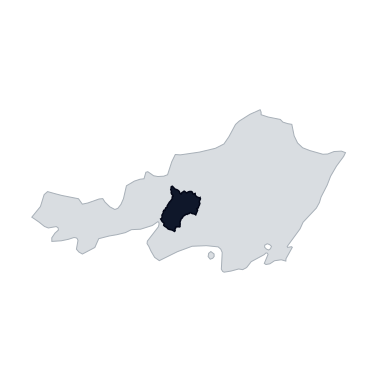 Martuni, Gegharkunik, Armenia (highlighted), rotated 127°
{"feature_id": "60910142B24861736009361", "entity_name": "Martuni", "entity_type": "district", "adm_level": 2, "iso_a3": "ARM", "parent_name": "Armenia", "parent_adm1": "Gegharkunik", "projection": "robinson", "projection_center": [45.353, 40.06], "detail": "fine", "context": "in_parent", "style": "filled", "palette": "ink", "viewbox_px": 384, "rotation_deg": 127, "n_neighbors": 0, "source": "geoboundaries", "source_scale": "gbopen_adm2", "svg_char_len": 5091}
<svg xmlns="http://www.w3.org/2000/svg" viewBox="0 0 384 384"><g transform="rotate(127 192 192)"><path d="M172.1,227.9L169.4,223.7L155.7,210.1L143.0,199.6L134.4,195.4L125.6,195.8L111.9,197.9L107.0,197.0L95.1,192.5L85.3,187.1L86.6,184.9L88.7,183.3L86.3,176.3L80.9,165.1L81.5,161.5L79.8,156.7L77.9,153.0L85.7,144.2L89.3,137.2L90.1,130.3L88.1,123.1L83.1,110.2L80.0,106.5L74.2,102.9L69.4,97.2L68.2,93.1L72.3,92.3L84.3,92.2L96.0,90.8L105.1,88.2L118.3,85.9L123.7,83.9L130.0,83.0L149.3,85.1L156.5,83.5L178.2,83.2L178.7,82.3L175.8,79.6L175.8,78.6L188.7,76.8L190.7,75.5L192.4,79.9L197.2,84.7L202.5,86.6L205.4,89.3L205.5,91.3L196.1,93.7L195.5,95.0L196.1,96.2L198.9,96.8L212.0,102.8L219.5,102.9L223.5,104.8L225.4,108.4L231.7,113.3L236.7,118.1L237.0,119.7L236.0,122.1L222.1,131.5L220.3,134.7L220.1,138.1L226.2,148.2L235.3,159.3L248.4,167.7L266.5,176.8L266.7,182.5L263.9,189.2L261.4,193.8L260.3,196.8L258.1,198.1L240.1,197.9L237.4,199.0L236.2,200.3L236.2,201.4L242.6,203.5L252.7,210.7L258.5,217.7L264.6,220.8L271.4,226.4L276.9,231.6L285.4,238.4L294.8,236.2L307.5,242.2L308.0,246.3L307.2,249.9L299.3,253.9L298.3,255.6L298.3,256.9L299.4,258.9L304.1,262.2L309.6,267.0L315.8,274.2L313.0,276.4L307.3,276.7L302.8,275.8L301.2,277.3L301.3,279.6L307.2,285.1L308.3,289.1L308.1,296.1L308.5,304.8L294.8,304.3L283.1,308.5L278.6,307.6L275.7,300.2L273.2,294.1L265.7,278.6L267.7,272.3L263.5,268.6L253.5,262.0L251.0,259.3L252.4,255.5L253.3,248.7L252.4,243.1L249.7,241.4L244.7,241.3L238.6,242.7L226.5,248.1L218.0,244.6L213.1,241.2L210.3,238.3L204.0,240.7L202.4,239.5L202.1,232.4L200.2,228.6L196.4,224.1L192.9,221.9L179.9,226.4L172.1,227.9ZM192.4,100.8L192.8,98.2L192.2,95.9L190.1,95.2L187.6,95.8L187.3,98.4L188.1,100.8L190.7,101.9L192.4,100.8ZM233.9,140.2L231.0,141.8L228.2,141.1L228.2,137.1L230.2,135.5L232.5,135.6L234.7,137.0L233.9,140.2Z" fill="#d9dde1" stroke="#a8b0b8" stroke-width="1"/><path d="M192.4,183.3L192.8,184.3L192.9,185.7L192.8,186.6L192.4,187.6L191.3,188.6L192.4,189.4L192.9,189.8L192.9,190.3L192.0,191.5L191.9,192.0L192.0,192.9L193.3,194.5L194.3,195.1L196.0,195.8L196.0,196.7L195.9,198.5L196.2,198.9L197.0,199.1L198.6,199.7L200.0,199.5L200.3,199.8L200.2,201.0L199.4,202.2L199.1,203.3L199.1,204.7L199.3,205.7L199.8,206.9L199.8,207.8L199.2,211.1L199.9,211.6L200.4,211.7L200.7,211.6L201.2,211.1L202.0,210.7L202.8,210.5L203.1,210.0L203.7,209.0L204.2,208.6L204.7,208.5L205.4,207.8L205.9,207.0L206.1,206.2L206.3,204.8L206.5,204.6L206.8,204.6L207.5,204.8L208.0,204.8L208.7,204.1L209.4,203.8L211.5,203.7L212.3,203.7L213.6,203.9L214.7,203.8L216.4,203.6L217.2,203.6L217.9,203.5L218.6,203.1L219.0,202.6L219.5,202.7L220.1,203.3L220.6,203.4L221.2,203.1L222.0,203.1L222.5,202.9L222.9,202.5L223.3,203.0L223.5,203.4L223.7,203.5L224.1,203.3L224.6,203.2L225.1,203.1L225.4,202.6L225.8,202.4L226.3,202.4L227.1,202.2L228.0,202.2L228.7,202.0L229.6,201.1L230.4,200.6L231.2,200.4L231.8,200.5L232.4,200.8L233.5,198.1L233.6,197.3L233.6,196.8L233.7,196.0L234.0,195.2L234.9,194.9L235.6,194.6L235.8,193.3L235.6,191.3L235.6,190.2L235.9,189.3L235.6,187.7L234.9,186.3L234.4,185.1L234.1,183.5L234.1,182.3L233.9,182.2L233.7,182.2L233.4,182.2L233.2,182.2L233.1,182.3L232.9,182.3L232.8,182.5L232.7,182.6L232.5,182.8L232.4,182.8L232.2,183.0L231.9,183.2L231.6,183.4L231.4,183.4L231.4,183.5L231.1,183.5L230.9,183.6L230.7,183.5L230.6,183.4L230.4,183.4L230.3,183.5L230.2,183.6L229.9,183.7L229.7,183.8L229.4,183.7L229.2,183.6L229.1,183.4L229.0,183.2L228.9,183.2L228.7,182.9L228.5,182.7L228.3,182.5L228.3,182.4L228.1,182.3L228.1,182.2L227.9,181.9L227.8,181.7L227.7,181.4L227.6,181.2L227.4,181.0L227.3,180.9L227.2,180.8L226.9,180.8L226.7,180.8L226.5,181.0L226.4,181.1L226.1,181.3L225.9,181.5L225.5,181.7L225.3,181.8L225.1,182.0L224.9,182.1L224.7,182.2L224.6,182.3L224.3,182.5L224.2,182.7L224.1,182.8L223.8,183.0L223.7,183.1L223.4,183.3L223.3,183.5L223.2,183.5L222.8,183.6L222.7,183.7L222.2,183.8L221.7,183.9L221.5,184.0L221.4,184.1L221.2,184.1L221.0,184.3L220.8,184.3L220.7,184.3L220.4,184.4L220.2,184.4L219.9,184.4L219.7,184.4L219.4,184.3L219.0,184.2L218.9,184.2L218.6,184.2L218.4,184.2L218.2,184.2L218.2,184.3L217.8,184.4L217.6,184.4L217.4,184.4L217.2,184.4L217.0,184.5L216.9,184.5L216.7,184.5L216.6,184.4L216.4,184.4L216.2,184.3L215.9,184.2L215.7,184.1L215.3,183.9L215.2,183.8L214.9,183.8L214.7,183.8L214.6,183.7L214.4,183.6L214.2,183.6L213.9,183.6L213.7,183.4L213.4,183.3L213.3,183.2L213.2,183.2L212.9,182.9L212.9,182.7L212.8,182.4L212.7,182.4L212.4,182.3L212.2,182.2L211.9,182.1L211.7,182.0L211.5,181.8L211.3,181.6L211.2,181.6L211.0,181.4L210.9,181.3L210.7,181.3L210.4,181.3L210.2,181.4L209.9,181.4L209.7,181.3L209.7,181.2L209.7,180.9L209.5,180.7L209.4,180.5L209.3,180.4L209.3,180.2L209.3,179.9L209.2,179.6L209.2,179.4L209.2,179.2L209.1,178.9L209.0,178.7L208.9,178.6L208.9,178.4L208.8,178.2L208.7,178.1L208.6,177.9L208.5,177.7L208.4,177.4L208.3,177.2L208.2,176.9L208.1,176.6L208.1,176.4L208.0,176.2L208.0,175.8L208.0,175.3L205.8,175.9L203.1,176.6L202.4,178.2L200.8,177.4L199.8,178.0L197.9,178.3L196.3,178.9L195.7,180.1L194.8,180.6L192.4,181.1L191.6,182.2L192.2,182.3L192.4,183.3Z" fill="#0f172a" stroke="#020617" stroke-width="1.5"/></g></svg>